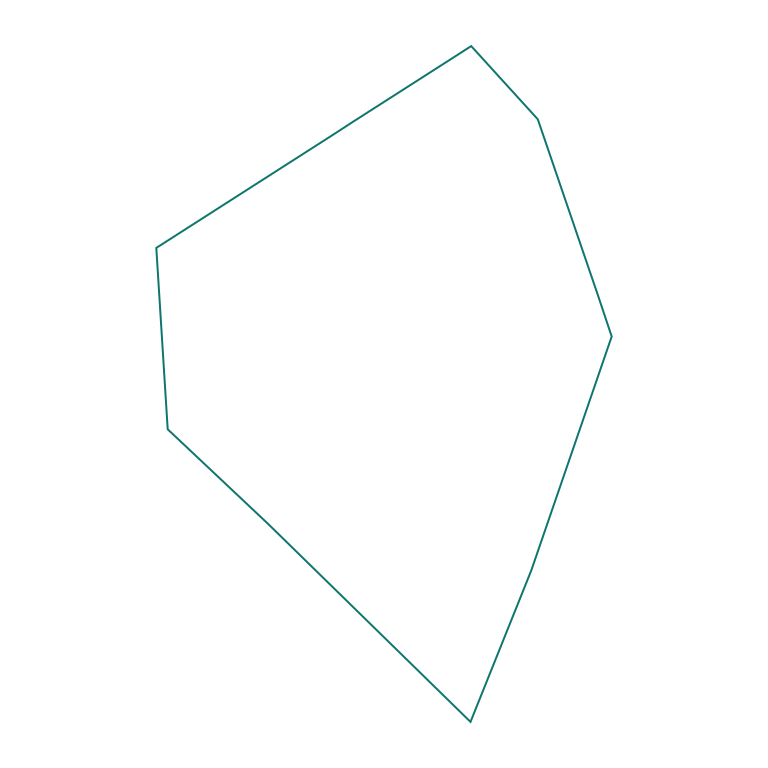 Bom Jesus, Rio Grande do Norte, Brazil
{"feature_id": "56859067B58968790260972", "entity_name": "Bom Jesus", "entity_type": "district", "adm_level": 2, "iso_a3": "BRA", "parent_name": "Brazil", "parent_adm1": "Rio Grande do Norte", "projection": "robinson", "projection_center": [-35.585, -6.006], "detail": "fine", "context": "isolated", "style": "outline", "palette": "teal", "viewbox_px": 768, "rotation_deg": 0, "n_neighbors": 0, "source": "geoboundaries", "source_scale": "gbopen_adm2", "svg_char_len": 270}
<svg xmlns="http://www.w3.org/2000/svg" viewBox="0 0 768 768"><path d="M531.3,570.4L611.7,336.5L597.6,294.3L537.8,119.3L471.2,46.1L353.4,121.5L334.5,133.8L156.3,247.9L167.7,429.3L268.2,524.0L470.5,721.9L531.3,570.4Z" fill="none" stroke="#0f766e" stroke-width="2"/></svg>